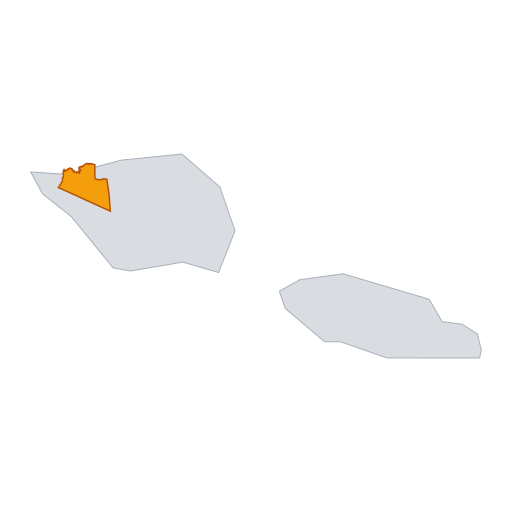 Vaisigano East, Gaga'ifomauga, Samoa shown in context
{"feature_id": "51752279B23557786171080", "entity_name": "Vaisigano East", "entity_type": "district", "adm_level": 2, "iso_a3": "WSM", "parent_name": "Samoa", "parent_adm1": "Gaga'ifomauga", "projection": "albers", "projection_center": [-172.632, -13.561], "detail": "fine", "context": "in_parent", "style": "filled", "palette": "amber", "viewbox_px": 512, "rotation_deg": 0, "n_neighbors": 0, "source": "geoboundaries", "source_scale": "gbopen_adm2", "svg_char_len": 3562}
<svg xmlns="http://www.w3.org/2000/svg" viewBox="0 0 512 512"><path d="M181.9,154.0L219.9,187.0L235.0,230.8L218.6,272.5L182.7,262.1L130.5,271.0L113.2,268.0L71.4,216.7L42.4,193.6L30.7,172.0L67.7,174.4L121.6,160.1L181.9,154.0ZM479.7,358.0L386.8,357.9L340.9,341.9L324.6,341.7L285.3,308.5L279.3,291.1L300.0,279.7L343.0,273.8L429.2,299.3L442.1,321.7L462.0,324.2L477.3,333.9L481.3,349.6L479.7,358.0Z" fill="#d9dde1" stroke="#a8b0b8" stroke-width="1"/><path d="M94.8,164.7L94.5,164.7L94.3,164.6L94.0,164.4L93.9,164.4L93.7,164.4L93.2,164.3L93.2,164.2L92.6,164.2L92.4,164.1L92.1,163.9L91.9,163.8L91.7,163.7L91.2,163.6L90.9,163.6L90.7,163.7L90.4,163.7L90.4,163.8L90.2,163.8L89.9,163.9L89.5,164.0L89.4,164.1L89.2,163.9L89.1,164.0L88.8,164.0L88.7,164.1L88.6,163.9L88.5,163.7L88.3,163.7L88.1,163.7L87.9,163.7L87.6,163.5L87.3,163.5L87.1,163.5L86.9,163.5L86.7,163.6L86.5,163.8L86.3,163.8L86.1,163.8L85.8,164.0L85.7,164.1L85.3,164.2L85.1,164.3L84.7,164.5L84.4,164.7L84.2,164.9L84.0,165.2L83.9,165.3L83.7,165.5L83.4,165.7L83.3,165.9L83.2,165.9L83.2,166.0L82.9,166.1L82.7,166.1L82.6,166.3L82.5,166.6L82.4,166.6L81.7,166.8L81.5,166.7L81.5,166.8L81.3,166.7L81.2,166.6L80.9,166.7L80.7,166.7L80.5,166.8L80.4,166.9L80.1,166.9L80.1,167.0L79.5,167.2L79.6,167.3L79.5,167.5L79.4,167.6L79.2,167.6L79.0,167.9L79.0,168.1L79.0,168.3L79.0,168.5L79.1,168.8L79.1,169.0L79.3,169.1L79.1,169.3L79.2,169.5L79.2,169.8L79.5,169.9L79.3,169.8L79.3,169.6L79.5,169.6L79.8,169.6L80.0,169.7L80.3,169.6L80.5,169.6L80.7,169.8L80.6,170.0L80.4,170.1L80.4,170.3L80.2,170.5L79.8,170.7L79.7,170.7L79.7,170.9L79.5,171.0L79.3,171.2L79.4,171.3L79.3,171.5L79.4,171.8L79.2,171.7L79.2,171.8L79.3,171.8L79.2,171.9L78.9,171.9L79.0,172.1L78.8,172.1L78.8,172.3L78.7,172.4L78.5,172.6L78.6,172.8L78.4,172.7L78.1,172.3L77.9,172.3L77.9,172.2L77.8,172.3L77.6,172.2L77.4,172.2L77.3,172.3L77.1,172.4L77.0,172.5L77.0,172.4L76.8,172.4L76.7,172.4L76.5,172.2L76.3,172.2L76.1,172.1L75.9,172.1L75.6,172.1L75.3,172.3L75.1,172.3L74.8,172.2L74.7,172.2L74.4,172.0L74.3,171.9L74.3,171.7L74.2,171.8L73.9,171.8L73.7,171.8L73.8,171.6L74.0,171.3L73.8,171.0L73.6,170.9L73.4,170.7L73.2,170.7L72.9,170.6L72.7,170.6L72.6,170.3L72.6,170.1L72.6,169.9L72.4,169.9L72.3,169.7L72.2,169.7L72.0,169.4L72.1,169.2L72.1,168.9L71.6,168.7L71.4,168.6L71.0,168.4L70.6,168.3L70.3,168.2L70.2,168.1L69.9,168.1L69.7,168.1L69.5,168.3L69.4,168.4L69.2,168.5L68.9,168.6L68.6,168.8L68.3,169.1L68.2,169.2L68.2,169.3L67.8,169.4L67.5,169.5L67.2,169.4L67.0,169.5L66.8,169.6L66.9,169.8L66.9,170.0L66.7,170.3L66.3,170.5L66.1,170.5L65.9,170.7L65.8,170.8L65.7,170.8L65.6,171.0L65.4,171.2L65.3,171.3L65.1,171.3L64.9,171.4L64.7,171.4L64.7,171.2L64.5,170.9L64.4,170.8L64.5,170.8L64.6,170.7L64.5,170.2L64.5,169.9L64.4,169.7L64.3,169.8L64.2,169.8L63.9,169.7L63.7,170.5L63.7,170.8L63.6,171.2L63.4,171.7L63.3,171.9L63.1,172.3L63.0,172.8L63.0,173.1L63.1,173.4L63.5,174.6L63.5,175.0L63.5,175.9L63.1,177.6L62.5,177.7L62.4,181.1L58.4,187.6L60.4,188.5L62.7,189.5L64.4,190.3L68.0,191.9L77.3,196.1L82.5,198.5L85.2,199.8L86.8,200.5L94.3,203.9L102.0,207.4L104.5,208.5L106.0,209.2L108.8,210.4L110.3,211.2L109.1,194.9L107.9,186.3L106.8,179.3L106.4,179.3L106.0,179.2L105.5,179.0L105.4,179.0L105.0,179.0L104.0,178.9L103.2,178.9L102.9,179.0L102.7,179.0L102.0,179.2L101.6,179.4L101.2,179.5L100.6,179.7L100.2,179.8L99.4,180.0L99.2,179.8L98.9,179.7L98.5,179.6L98.2,179.6L97.9,179.6L97.5,179.4L97.4,179.4L97.2,179.4L96.9,179.3L96.7,179.2L96.4,179.1L96.2,179.1L95.9,179.1L95.5,178.9L95.4,178.8L95.2,178.5L95.1,178.3L95.0,178.2L94.9,178.2L94.8,164.7Z" fill="#f59e0b" stroke="#b45309" stroke-width="1.5"/></svg>